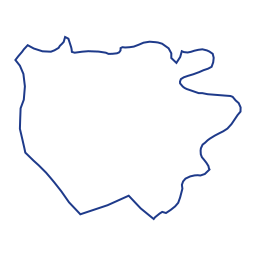 Qalyub, Al Qalyubiyah, Egypt (Albers equal-area conic projection)
{"feature_id": "37247803B29662728717232", "entity_name": "Qalyub", "entity_type": "district", "adm_level": 2, "iso_a3": "EGY", "parent_name": "Egypt", "parent_adm1": "Al Qalyubiyah", "projection": "albers", "projection_center": [31.221, 30.18], "detail": "fine", "context": "isolated", "style": "outline", "palette": "blue", "viewbox_px": 256, "rotation_deg": 0, "n_neighbors": 0, "source": "geoboundaries", "source_scale": "gbopen_adm2", "svg_char_len": 1783}
<svg xmlns="http://www.w3.org/2000/svg" viewBox="0 0 256 256"><path d="M80.3,214.3L107.6,205.2L128.7,195.7L140.7,208.4L153.7,219.0L155.0,217.3L159.7,213.5L162.2,211.9L166.0,213.0L170.7,209.9L175.1,206.4L178.2,202.8L179.6,198.9L180.1,197.5L182.4,188.7L181.9,184.8L183.1,181.4L185.5,178.6L190.2,176.4L194.6,175.4L197.7,175.2L200.4,175.5L204.8,174.0L207.3,171.6L209.5,169.5L208.9,168.2L208.4,166.0L206.4,162.8L204.3,160.1L201.9,157.2L200.8,154.3L200.6,150.6L200.9,148.3L202.6,144.6L205.1,142.7L207.6,140.3L209.9,138.6L214.8,135.6L219.2,133.3L223.2,131.3L227.4,128.6L231.5,124.1L234.8,119.2L237.7,114.9L240.5,111.6L240.6,107.4L238.7,103.1L235.6,100.4L232.7,96.9L231.8,96.5L230.4,96.0L225.2,95.6L215.1,94.8L207.6,94.2L202.1,93.1L198.6,93.1L190.8,90.4L186.7,89.0L184.5,87.9L182.7,86.5L180.1,83.4L180.0,81.6L180.9,79.1L183.8,77.3L188.1,75.8L193.2,74.3L199.2,72.1L203.5,70.2L208.0,68.7L211.6,66.8L213.2,62.3L213.7,57.8L212.7,53.8L209.3,51.5L206.9,50.4L202.4,49.3L198.4,49.8L194.4,50.7L191.0,51.8L187.6,52.5L183.9,52.1L181.8,51.2L180.2,57.0L176.4,62.9L171.3,58.0L171.3,53.3L168.6,48.3L162.1,43.7L158.0,42.5L155.7,42.2L149.6,41.7L143.5,42.7L138.8,44.7L133.8,46.6L129.7,47.2L125.2,47.5L122.4,47.2L120.6,48.1L120.5,50.5L119.1,52.4L117.0,53.3L112.4,53.8L108.5,53.9L105.8,52.7L98.7,51.6L88.3,51.2L82.1,51.7L74.7,52.7L71.9,51.9L71.6,49.3L71.2,47.4L68.4,38.7L66.3,37.6L65.1,37.0L63.7,41.9L62.0,43.8L59.9,45.8L58.6,47.9L54.5,50.3L50.9,51.7L42.5,51.3L33.8,48.5L27.7,45.2L23.8,49.4L22.6,51.1L22.4,51.4L22.1,51.8L18.4,56.1L15.4,60.0L16.5,61.4L19.9,65.7L23.4,73.9L24.9,86.4L23.8,99.7L20.6,108.3L20.2,119.0L19.9,128.8L22.3,139.1L24.4,148.3L25.3,152.6L33.5,160.6L38.7,165.3L46.1,172.7L50.3,177.6L54.3,182.4L61.3,191.3L69.0,202.3L79.6,213.5L80.3,214.3Z" fill="none" stroke="#1e3a8a" stroke-width="2"/></svg>